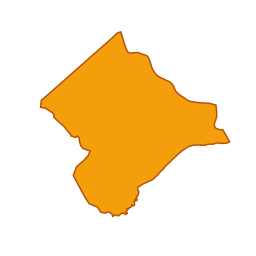 the district of Fond D'Or, Dennery, Saint Lucia, rotated 47°
{"feature_id": "8701671B83706236309505", "entity_name": "Fond D'Or", "entity_type": "district", "adm_level": 2, "iso_a3": "LCA", "parent_name": "Saint Lucia", "parent_adm1": "Dennery", "projection": "mercator", "projection_center": [-60.893, 13.924], "detail": "fine", "context": "isolated", "style": "filled", "palette": "amber", "viewbox_px": 256, "rotation_deg": 47, "n_neighbors": 0, "source": "geoboundaries", "source_scale": "gbopen_adm2", "svg_char_len": 3651}
<svg xmlns="http://www.w3.org/2000/svg" viewBox="0 0 256 256"><g transform="rotate(47 128 128)"><path d="M51.3,70.6L51.3,79.5L48.9,167.4L48.6,172.5L53.3,177.9L56.6,175.2L61.6,173.8L65.6,172.8L68.2,173.2L69.2,174.9L76.2,174.5L83.1,173.8L93.8,174.5L94.8,175.2L99.1,172.8L99.4,170.4L101.7,170.4L105.0,172.8L108.4,174.5L112.3,174.9L119.0,171.4L121.0,175.9L121.6,182.0L121.3,189.6L121.3,192.3L125.3,200.2L125.6,200.5L150.5,207.0L157.1,208.0L164.8,204.3L171.1,205.3L175.0,202.5L175.7,199.5L179.7,198.4L182.3,199.4L182.4,199.2L182.4,198.0L182.3,197.3L183.1,196.4L183.8,196.1L184.5,195.9L184.9,195.6L185.1,195.1L185.3,194.9L185.8,194.6L185.9,194.2L185.8,193.4L186.0,192.7L185.9,192.1L186.1,191.4L186.4,191.0L186.3,190.7L186.3,190.2L186.9,189.9L187.0,189.4L187.4,189.3L188.1,188.8L188.7,188.8L189.4,189.1L189.5,188.9L189.4,188.0L189.9,187.4L190.0,187.0L189.4,186.3L188.9,186.3L188.5,186.5L187.9,186.3L187.8,185.9L187.6,184.8L187.4,184.4L187.0,184.3L186.6,184.0L187.1,183.8L187.5,183.6L187.5,183.1L187.1,182.8L187.1,181.8L187.5,180.9L187.9,180.7L188.0,180.1L187.4,178.1L186.9,177.7L187.4,177.5L188.4,177.4L188.8,177.0L188.8,175.9L188.5,175.3L187.7,174.8L186.7,174.2L185.9,173.6L186.4,173.2L186.3,172.6L185.8,172.0L185.2,171.7L185.3,171.3L185.7,171.0L186.0,171.4L186.8,171.3L187.1,171.0L186.8,170.7L186.7,170.2L186.3,170.1L186.0,170.2L185.9,170.7L184.8,169.9L184.3,169.1L184.7,168.5L184.4,168.0L183.9,167.7L183.9,166.5L183.8,165.9L183.7,165.7L183.0,165.0L182.7,164.3L181.7,163.5L179.9,163.1L179.0,162.0L178.0,161.2L178.3,160.2L178.6,158.6L178.7,157.1L179.5,154.2L181.2,149.5L182.5,145.1L182.6,139.4L182.2,135.7L182.0,134.1L182.2,130.6L181.6,127.9L181.3,115.7L181.3,109.8L181.6,103.1L182.0,102.4L181.8,101.8L182.8,96.7L184.9,92.3L187.7,88.7L191.0,85.7L193.3,83.2L193.9,81.5L195.7,79.0L197.5,77.3L199.9,72.9L201.4,71.2L202.7,70.7L203.8,69.0L204.8,68.3L206.5,66.0L207.1,63.9L207.2,63.6L207.4,63.1L193.9,59.8L193.6,60.1L193.2,60.6L192.7,61.1L191.9,61.9L191.5,62.2L191.1,62.5L190.8,62.6L190.4,62.8L189.8,63.2L189.3,63.4L188.6,63.7L188.0,63.8L187.2,63.9L186.4,63.8L185.4,63.3L184.9,63.0L184.3,62.4L183.7,61.6L183.1,60.8L182.9,60.4L182.5,59.5L182.0,58.5L181.7,58.0L181.0,56.7L180.6,56.0L180.0,55.2L179.4,54.6L178.6,53.9L178.0,53.3L177.4,52.8L176.4,52.0L175.3,51.1L174.5,50.6L173.3,49.7L171.2,48.0L169.1,49.3L168.0,50.1L166.8,50.7L165.2,51.7L164.5,52.5L162.6,54.4L161.3,55.5L160.5,56.4L159.4,57.4L158.2,58.5L156.8,59.7L156.3,60.2L155.0,61.3L153.6,62.1L152.9,62.7L152.4,63.3L151.7,63.9L150.4,64.6L149.5,65.0L148.8,65.4L147.9,65.6L147.2,65.8L145.8,66.1L144.4,66.4L143.2,66.6L142.1,66.9L140.5,67.3L138.9,67.6L138.0,67.9L136.8,67.9L135.0,68.0L134.2,68.0L133.8,68.0L133.0,67.8L132.2,67.5L131.5,67.3L130.6,67.0L129.4,66.6L128.6,66.3L127.5,65.9L127.0,65.8L125.8,65.8L125.0,65.8L124.6,65.8L123.8,65.9L122.9,66.1L121.9,66.4L121.0,66.7L120.4,67.0L119.3,67.5L118.1,67.9L117.1,68.2L116.3,68.5L115.5,69.0L114.5,69.5L113.4,69.8L112.7,70.1L111.4,70.4L110.3,70.6L109.0,71.0L108.5,70.9L107.2,70.9L106.5,70.7L105.7,70.6L104.3,70.5L102.8,70.2L101.8,70.0L101.0,69.6L99.7,69.2L98.5,68.6L97.2,67.9L96.3,67.5L95.3,67.0L94.2,66.4L93.2,66.1L92.4,65.9L91.5,65.5L90.2,65.0L89.3,64.9L88.7,64.9L88.0,65.0L86.8,65.4L86.1,65.8L85.2,66.4L83.7,67.2L82.1,68.1L80.8,68.6L80.1,68.9L79.3,69.6L78.7,70.3L78.0,71.0L77.4,71.9L76.5,73.0L75.8,73.9L74.9,75.1L74.4,75.6L73.6,75.9L73.0,76.2L72.4,76.2L71.2,76.0L69.7,75.6L68.6,75.2L67.8,74.9L67.0,74.5L66.2,74.1L65.2,73.7L64.2,73.3L63.3,72.8L62.8,72.6L62.0,72.2L61.2,71.9L60.4,71.5L59.7,71.1L59.1,70.8L58.2,70.3L57.2,69.9L56.1,69.3L55.1,68.8L54.3,68.4L53.5,68.0L52.9,67.7L52.6,68.1L51.4,70.4L51.3,70.6Z" fill="#f59e0b" stroke="#b45309" stroke-width="1.5"/></g></svg>